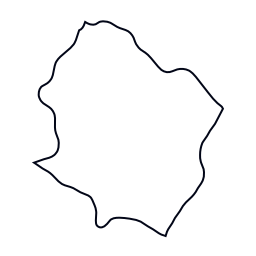 outline of Guananico, Puerto Plata, Dominican Republic, rotated 186°
{"feature_id": "3306468B53789709824921", "entity_name": "Guananico", "entity_type": "district", "adm_level": 2, "iso_a3": "DOM", "parent_name": "Dominican Republic", "parent_adm1": "Puerto Plata", "projection": "albers", "projection_center": [-70.91, 19.688], "detail": "fine", "context": "isolated", "style": "outline", "palette": "ink", "viewbox_px": 256, "rotation_deg": 186, "n_neighbors": 0, "source": "geoboundaries", "source_scale": "gbopen_adm2", "svg_char_len": 2050}
<svg xmlns="http://www.w3.org/2000/svg" viewBox="0 0 256 256"><g transform="rotate(186 128 128)"><path d="M217.8,83.7L208.7,78.8L203.0,76.3L200.7,75.0L198.3,73.3L191.6,67.7L187.8,65.4L184.8,64.4L179.1,63.3L176.2,62.5L168.6,59.1L160.5,56.7L158.2,55.4L157.2,54.4L155.7,52.2L153.1,47.5L151.9,45.0L151.0,42.0L150.7,40.4L150.3,32.6L149.8,29.8L149.3,28.5L148.3,27.4L147.1,26.7L145.8,26.3L144.5,26.3L143.3,26.6L141.2,27.8L138.8,30.4L136.1,34.4L135.3,35.3L132.9,36.7L130.0,37.5L126.9,37.9L122.0,38.1L117.0,38.0L110.3,37.4L105.6,36.2L98.0,32.3L92.6,29.9L86.4,26.6L83.7,25.5L79.3,24.5L78.4,28.9L77.4,31.6L74.1,37.9L71.9,43.4L67.7,50.8L65.2,56.2L62.6,60.1L57.4,66.2L55.6,68.7L54.0,71.4L52.2,75.5L49.5,80.4L48.4,83.0L48.0,84.4L47.5,87.5L47.8,92.0L48.5,95.0L51.7,101.2L52.2,102.5L53.1,105.5L53.5,108.6L53.7,111.7L53.6,114.8L53.2,117.9L52.5,120.9L51.9,122.2L48.5,128.4L46.1,133.9L41.9,141.2L35.6,157.1L36.7,158.7L37.5,159.4L41.7,162.1L46.4,166.0L52.1,171.7L65.8,185.9L69.4,189.1L72.0,190.8L73.4,191.5L76.4,192.3L79.4,192.5L82.4,192.2L85.2,191.4L90.0,189.0L92.4,188.0L95.3,187.6L98.2,188.1L100.9,189.3L104.5,192.2L112.4,199.9L115.9,202.9L118.5,204.6L123.6,207.3L125.8,209.0L128.6,212.1L130.0,214.5L131.9,218.4L133.5,220.6L135.5,222.6L137.9,224.2L140.7,225.2L146.5,226.5L149.3,227.4L155.6,230.4L156.9,230.9L159.8,231.5L164.0,231.5L166.5,230.9L167.6,230.4L171.0,227.8L173.3,227.1L175.9,227.1L177.3,227.3L179.5,228.0L181.7,229.0L182.7,225.2L183.7,223.0L185.1,221.2L186.8,220.1L189.0,210.0L190.0,207.1L190.7,205.6L193.6,201.6L202.7,191.9L204.7,189.3L206.3,186.4L206.8,185.0L207.4,182.0L208.3,172.8L209.0,169.9L209.6,168.5L211.0,166.2L212.8,164.2L214.8,162.7L217.8,160.6L218.7,159.7L219.9,157.3L220.4,154.6L220.3,151.7L220.0,150.3L219.4,148.9L217.9,146.5L217.0,145.5L214.8,143.7L208.6,140.5L206.4,139.0L204.4,136.9L202.9,134.5L202.3,133.1L201.6,130.2L200.7,121.0L200.1,118.0L199.1,115.3L196.0,109.0L195.3,106.0L195.1,101.4L195.6,98.4L196.1,97.0L197.6,94.5L198.5,93.4L200.7,91.6L203.2,90.2L208.5,88.1L217.8,83.7Z" fill="none" stroke="#020617" stroke-width="2"/></g></svg>